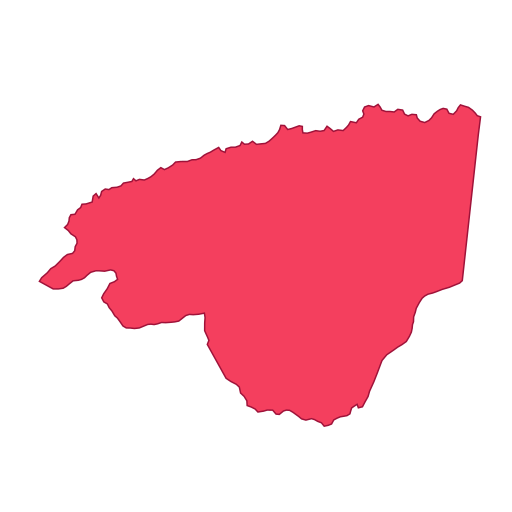 outline of Figueirópolis D'Oeste, Mato Grosso, Brazil, rotated 274°
{"feature_id": "56859067B94732252375556", "entity_name": "Figueirópolis D'Oeste", "entity_type": "district", "adm_level": 2, "iso_a3": "BRA", "parent_name": "Brazil", "parent_adm1": "Mato Grosso", "projection": "mercator", "projection_center": [-58.701, -15.494], "detail": "fine", "context": "isolated", "style": "filled", "palette": "rose", "viewbox_px": 512, "rotation_deg": 274, "n_neighbors": 0, "source": "geoboundaries", "source_scale": "gbopen_adm2", "svg_char_len": 3436}
<svg xmlns="http://www.w3.org/2000/svg" viewBox="0 0 512 512"><g transform="rotate(274 256 256)"><path d="M271.0,63.0L268.3,67.0L265.2,69.8L262.6,74.5L259.7,76.2L256.3,76.6L252.7,75.0L248.6,74.8L245.8,72.8L244.3,67.7L241.2,64.1L236.8,60.6L232.0,56.4L229.1,52.2L224.7,49.0L219.4,43.7L215.6,41.7L209.0,56.0L209.4,61.2L210.4,65.9L212.5,68.9L215.4,71.9L218.5,75.3L219.4,80.5L220.5,83.6L222.3,86.4L225.1,88.9L228.2,92.2L230.1,97.3L230.3,100.7L230.3,106.1L232.0,111.9L231.4,115.3L229.1,117.5L226.0,118.3L223.1,119.6L220.5,116.6L218.4,112.2L213.0,109.9L207.7,106.7L203.5,105.0L199.6,107.4L197.8,111.1L194.3,113.1L191.0,116.2L186.5,119.3L184.5,122.0L181.3,124.7L176.9,128.2L175.2,131.6L175.4,135.6L175.2,139.8L176.1,144.6L177.9,148.2L180.2,152.8L180.7,156.0L180.5,159.1L181.5,162.6L183.1,166.4L183.2,170.4L183.9,175.4L184.6,179.5L185.7,183.5L191.7,190.1L193.1,193.6L193.1,197.5L193.9,202.8L195.4,208.5L191.0,209.5L185.5,209.5L177.9,210.0L174.7,211.7L171.6,213.4L168.5,214.9L164.4,213.6L131.9,234.7L129.0,239.8L126.7,245.2L124.1,248.5L118.2,250.2L115.2,253.9L110.9,257.0L106.2,257.6L105.0,261.8L103.3,265.8L100.5,268.8L101.8,274.4L103.1,277.9L103.4,283.4L99.7,287.0L99.6,290.3L103.3,294.2L104.4,297.1L104.4,300.3L102.7,303.7L98.9,309.8L96.7,312.8L95.8,317.2L97.6,322.7L96.9,325.8L95.3,329.2L94.2,332.9L91.0,335.9L92.1,339.8L93.7,343.1L97.9,345.0L99.9,348.2L101.5,351.4L102.2,354.4L103.1,357.9L105.1,360.7L108.2,361.3L111.1,362.0L113.1,364.5L115.1,367.2L111.7,368.7L113.0,372.7L118.0,374.9L123.7,377.6L129.0,378.7L138.7,382.3L147.9,385.2L156.7,387.8L160.6,389.0L166.6,393.3L171.9,400.0L175.0,403.7L177.8,407.8L181.2,411.9L186.5,414.6L190.9,416.3L194.7,416.8L198.5,416.9L201.4,417.7L206.3,417.5L210.9,418.8L215.0,419.5L221.0,422.2L225.5,424.7L227.8,427.0L229.9,430.2L231.4,434.8L232.8,438.0L235.7,444.1L238.3,451.1L240.0,454.5L243.2,461.0L245.8,463.5L392.5,469.3L410.5,470.3L411.4,466.9L413.9,464.7L416.6,461.7L419.1,457.6L420.0,453.4L421.0,449.4L418.1,447.4L414.8,446.0L411.1,442.9L411.8,438.6L415.8,436.1L416.3,432.4L415.0,429.5L413.1,426.9L410.3,423.8L406.1,421.5L403.3,419.1L400.9,415.0L401.9,410.3L404.9,407.2L408.1,406.1L408.2,401.6L406.4,397.9L407.9,394.3L411.8,392.1L412.2,387.2L409.3,383.8L409.5,379.6L409.2,375.6L410.2,371.4L413.2,369.5L415.8,367.2L412.9,363.3L413.9,357.8L412.2,353.9L408.3,352.3L405.1,353.7L401.9,352.7L399.6,349.0L395.9,346.8L396.7,340.9L393.1,339.2L390.7,337.4L387.2,334.2L387.5,328.9L385.7,324.6L388.3,321.1L390.4,317.8L385.9,315.2L384.9,311.2L385.2,306.8L383.3,302.0L382.1,298.6L382.1,294.2L385.4,293.4L388.5,293.2L388.9,290.0L387.4,286.6L385.7,282.8L384.4,278.8L388.1,275.4L388.1,271.7L383.8,270.7L380.5,269.2L377.9,267.1L374.7,264.2L371.4,261.0L369.0,257.6L368.2,253.0L367.4,248.7L370.2,244.5L367.2,240.7L366.7,236.7L368.7,233.9L365.1,232.4L363.1,227.8L362.8,223.5L360.9,218.7L357.2,217.9L358.7,213.6L361.7,211.2L358.7,206.5L356.3,203.1L354.9,200.3L353.0,197.3L349.7,193.7L347.9,189.5L347.5,185.4L345.5,181.0L345.0,174.4L344.1,169.2L340.9,166.5L337.8,162.3L335.8,158.6L337.5,154.9L334.7,151.7L330.6,148.7L327.7,145.6L325.8,142.7L324.0,139.3L324.3,134.4L322.6,131.0L324.6,128.4L321.7,127.0L320.6,123.0L319.5,118.7L316.5,116.4L314.9,112.6L314.1,107.4L312.0,104.7L312.3,100.9L309.6,97.5L305.7,96.8L302.9,95.2L307.1,92.1L304.4,89.4L298.4,88.8L296.1,82.9L295.5,78.8L292.1,77.7L289.6,74.8L285.0,72.5L284.3,68.5L281.2,67.1L277.8,67.0L274.3,65.9L271.0,63.0Z" fill="#f43f5e" stroke="#9f1239" stroke-width="1.5"/></g></svg>